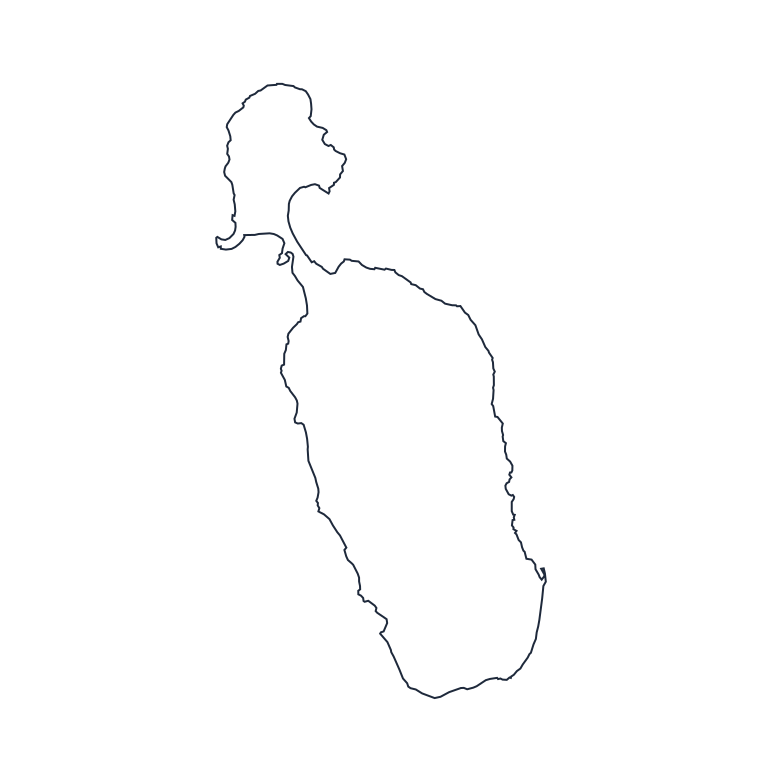 Rotuma, Rotuma, Fiji, rotated 67°
{"feature_id": "14151628B71764118664060", "entity_name": "Rotuma", "entity_type": "district", "adm_level": 2, "iso_a3": "FJI", "parent_name": "Fiji", "parent_adm1": "Rotuma", "projection": "mercator", "projection_center": [177.068, -12.502], "detail": "fine", "context": "isolated", "style": "outline", "palette": "slate", "viewbox_px": 768, "rotation_deg": 67, "n_neighbors": 0, "source": "geoboundaries", "source_scale": "gbopen_adm2", "svg_char_len": 4922}
<svg xmlns="http://www.w3.org/2000/svg" viewBox="0 0 768 768"><g transform="rotate(67 384 384)"><path d="M403.9,275.0L402.5,273.8L396.1,275.1L394.4,274.9L389.6,276.3L381.1,276.4L375.4,277.5L365.6,276.9L358.7,279.2L353.4,279.5L349.9,281.6L342.1,283.2L341.0,286.4L339.7,287.0L338.2,290.4L333.9,296.4L329.8,298.6L325.9,303.5L317.9,309.3L315.1,310.9L312.0,311.1L310.2,313.6L305.4,316.2L302.7,319.9L300.9,319.8L291.7,325.4L289.5,327.9L285.7,329.9L283.1,329.9L281.9,332.5L278.5,337.1L279.0,338.8L273.6,346.7L274.6,348.0L272.5,351.9L269.9,354.8L265.8,357.8L261.3,359.5L258.0,365.6L256.2,366.8L253.8,371.6L255.5,373.1L256.4,376.4L258.3,379.9L262.7,385.5L261.7,390.4L254.1,395.1L251.9,395.5L246.8,399.4L243.7,400.3L243.7,403.0L235.6,404.6L234.9,405.4L219.1,408.3L209.7,409.2L203.4,409.2L197.0,408.4L191.6,406.8L187.0,403.9L181.1,401.2L178.5,399.2L175.3,395.3L173.2,391.3L170.7,384.7L171.2,380.5L172.2,379.5L172.3,373.2L173.1,369.5L176.0,366.3L178.4,366.6L187.0,360.6L185.4,358.8L182.2,358.0L181.1,352.3L179.2,351.4L179.3,349.5L176.7,343.8L173.9,342.5L171.9,338.6L167.0,337.4L165.1,333.7L162.3,331.0L157.3,330.8L154.4,334.3L150.6,337.5L148.7,338.3L146.5,337.8L143.2,339.6L143.2,342.1L140.0,344.7L135.1,345.4L131.0,342.0L129.8,337.9L127.8,337.9L124.3,340.4L120.9,345.1L117.6,347.2L114.0,348.5L109.9,349.2L108.8,346.8L102.8,343.4L97.5,341.6L93.0,340.4L87.8,340.8L83.9,341.6L80.7,344.3L79.8,346.2L76.2,350.1L74.4,350.9L70.1,358.2L68.0,360.3L65.9,365.3L66.6,366.1L63.7,374.6L65.6,382.9L65.1,385.2L66.5,389.3L66.5,394.8L67.8,396.1L68.2,400.1L69.8,401.7L70.4,404.5L73.0,404.3L74.4,405.4L75.9,411.0L76.1,414.7L77.4,417.5L83.6,426.8L86.1,428.4L89.8,428.1L95.9,428.7L99.7,429.9L100.7,432.7L103.4,435.3L106.5,435.8L110.9,438.4L114.0,437.8L117.0,438.5L119.5,440.9L121.7,444.8L123.4,446.3L126.4,448.3L130.2,448.9L138.5,445.6L141.4,445.8L149.8,447.9L151.7,447.7L155.6,450.4L160.3,451.2L167.0,453.4L170.8,455.9L169.4,457.4L173.7,459.7L177.6,457.8L181.4,459.2L184.5,461.1L187.1,463.9L189.3,469.3L189.4,473.8L187.3,477.2L183.5,479.9L183.9,481.3L189.1,483.2L193.4,483.2L193.6,480.5L195.8,481.4L198.5,477.0L200.1,471.5L199.8,467.2L198.4,462.3L196.4,457.9L194.0,454.9L192.3,454.5L196.3,444.6L197.0,440.6L200.6,430.4L202.9,426.8L205.5,424.3L210.8,420.7L215.5,420.7L219.8,424.5L223.7,426.8L224.4,430.0L227.1,430.6L229.8,434.3L231.7,435.0L233.7,433.4L234.0,429.3L233.3,424.1L230.7,421.8L226.0,423.8L224.9,420.9L226.5,418.5L228.6,417.3L231.4,417.6L240.3,423.0L245.9,424.8L249.8,423.8L254.9,423.1L263.0,420.7L274.6,422.5L281.6,424.2L289.2,427.0L290.9,429.9L290.3,431.2L291.0,434.6L293.9,436.5L293.6,438.9L294.9,440.9L296.7,445.7L300.3,452.3L303.0,454.3L307.2,455.0L309.4,456.4L309.4,458.3L314.4,461.1L317.2,464.0L327.1,468.4L327.1,471.0L329.7,473.0L331.8,473.1L333.4,474.5L341.5,473.7L348.1,474.9L350.3,473.2L353.9,473.0L361.6,471.0L365.2,470.7L368.3,471.3L376.2,475.5L381.0,480.0L384.6,480.8L386.7,478.8L387.7,475.4L390.1,473.9L398.1,474.8L404.4,476.2L412.1,478.6L414.3,479.8L425.2,483.6L443.6,483.9L447.8,484.7L454.7,485.4L458.0,486.5L462.6,489.5L465.1,492.0L467.7,491.3L469.9,492.5L473.0,492.0L475.7,494.2L480.5,490.2L487.0,487.0L494.2,486.3L502.2,484.9L506.2,483.7L519.9,482.6L521.3,485.3L527.9,486.1L531.9,486.0L536.6,483.7L538.4,483.0L548.3,482.3L552.5,482.6L556.1,484.1L560.6,485.0L563.7,486.2L564.3,488.5L567.6,489.8L569.8,487.9L572.8,486.8L575.8,487.6L576.9,486.9L577.4,483.2L579.6,481.9L584.4,479.1L587.2,478.5L589.8,480.4L592.0,479.6L601.5,473.5L605.3,474.5L611.6,481.0L611.4,483.9L612.3,485.1L622.9,481.7L631.5,481.6L633.7,482.1L638.6,481.6L653.1,481.4L662.5,481.6L668.5,479.6L672.0,479.9L674.4,478.4L677.6,474.1L683.7,469.8L692.9,460.1L694.0,454.2L693.1,444.4L693.9,432.0L694.9,429.3L697.5,426.7L698.4,420.5L698.4,416.8L696.4,406.0L696.9,401.7L698.7,394.7L700.2,394.3L700.6,391.9L702.4,390.4L704.3,386.6L703.2,383.1L704.1,382.1L703.0,381.3L702.4,378.1L700.2,373.9L699.2,369.6L696.4,365.9L692.0,358.6L689.5,355.7L688.8,353.8L682.1,348.1L678.0,343.8L672.3,340.5L667.3,336.7L661.9,333.2L643.2,322.2L632.2,316.2L629.2,312.3L621.3,309.9L616.1,309.0L615.5,311.5L622.1,310.8L623.6,311.6L625.7,315.3L622.6,316.2L619.9,316.1L613.7,316.9L609.3,315.3L603.3,316.8L600.5,321.2L593.4,320.1L591.9,320.8L588.2,320.7L583.3,319.8L580.2,321.0L574.2,320.8L572.3,321.6L571.0,319.4L568.2,321.6L566.7,320.8L564.2,321.5L559.5,318.8L559.9,317.1L557.4,316.6L555.5,314.8L554.7,316.1L551.0,316.1L542.5,312.5L540.6,309.6L538.8,308.3L536.5,308.8L536.5,310.4L534.2,312.3L528.1,312.9L525.0,312.0L523.3,309.9L523.0,307.1L520.9,305.7L519.7,303.2L516.5,304.1L514.7,302.6L515.2,301.3L513.8,299.7L509.4,297.7L504.7,298.2L500.6,300.1L496.8,299.1L493.4,299.0L488.7,296.9L486.1,294.9L483.2,296.5L478.7,295.3L477.5,294.3L473.4,293.8L470.2,292.6L466.8,290.1L458.7,292.4L457.4,294.4L447.0,292.1L444.5,292.7L440.2,289.4L432.4,285.5L430.1,285.1L428.0,283.3L420.0,280.0L418.0,279.7L415.9,277.2L412.4,277.3L406.5,275.2L403.9,275.0Z" fill="none" stroke="#1e293b" stroke-width="2"/></g></svg>